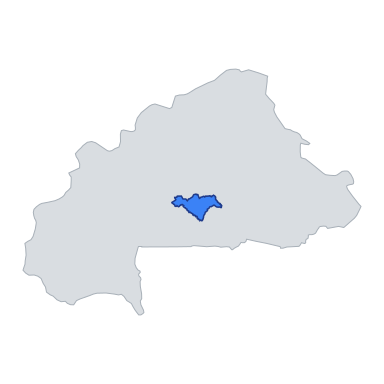 Bazega, Bazéga, Burkina Faso shown in context
{"feature_id": "67063806B75312427459337", "entity_name": "Bazega", "entity_type": "district", "adm_level": 2, "iso_a3": "BFA", "parent_name": "Burkina Faso", "parent_adm1": "Bazéga", "projection": "albers", "projection_center": [-1.393, 11.898], "detail": "fine", "context": "in_parent", "style": "filled", "palette": "blue", "viewbox_px": 384, "rotation_deg": 0, "n_neighbors": 0, "source": "geoboundaries", "source_scale": "gbopen_adm2", "svg_char_len": 7990}
<svg xmlns="http://www.w3.org/2000/svg" viewBox="0 0 384 384"><path d="M297.9,246.4L286.9,247.0L282.9,248.2L280.5,248.2L280.4,247.2L280.1,246.6L266.2,243.3L256.5,241.4L246.6,239.2L246.0,241.3L244.6,242.6L242.5,242.7L241.0,242.4L240.0,244.0L238.4,246.1L236.1,247.2L233.9,248.5L232.6,249.7L231.7,249.7L229.4,247.0L226.4,246.7L220.8,247.2L218.3,246.5L214.9,246.1L206.7,246.7L193.8,245.6L191.6,246.1L191.1,246.6L178.2,246.8L164.0,246.9L152.2,246.9L141.8,247.0L141.8,246.5L138.5,246.5L138.1,247.4L135.1,258.2L134.8,264.1L136.3,267.8L138.1,270.1L140.0,271.1L140.2,272.4L138.6,274.1L138.8,275.8L140.6,277.7L141.0,279.5L140.1,281.5L140.3,286.3L141.6,293.8L141.7,298.7L140.3,301.0L140.9,304.8L143.5,310.2L143.9,312.5L143.0,313.5L140.9,314.9L138.7,314.9L136.2,311.6L135.1,310.1L133.1,306.8L131.4,303.5L129.1,302.0L126.8,300.6L124.0,296.4L121.4,294.3L118.5,294.9L114.4,294.1L106.0,293.0L97.0,293.2L93.3,294.1L89.6,295.6L80.2,298.9L76.5,300.6L73.7,304.8L70.5,304.7L67.3,303.3L65.4,301.3L61.1,301.7L57.0,299.8L53.1,296.1L50.2,294.8L46.5,292.1L45.5,287.0L43.2,283.4L41.1,278.5L37.9,276.2L34.2,275.0L29.0,275.2L25.7,273.1L23.0,270.2L23.8,267.7L25.0,264.2L25.2,260.8L26.1,255.2L25.7,248.3L24.9,243.4L27.7,241.4L31.0,239.7L33.1,236.4L35.3,229.0L36.3,222.7L35.7,220.3L34.6,218.4L33.8,215.6L33.3,212.3L34.0,209.3L36.5,206.7L39.6,204.4L41.8,203.4L47.7,202.3L55.0,200.7L59.2,198.9L62.3,197.0L64.0,195.5L65.8,192.4L68.6,190.0L70.8,187.6L71.2,180.9L71.2,177.0L69.6,174.9L68.8,173.0L79.6,167.9L79.7,164.1L78.3,159.9L76.2,156.6L75.4,153.7L78.4,150.3L81.1,147.8L83.0,145.6L87.3,142.3L91.7,141.5L95.7,142.8L107.4,150.7L109.4,151.2L111.9,150.6L115.0,148.6L119.0,147.0L120.5,141.8L120.4,134.1L121.4,130.6L123.5,130.0L130.3,131.5L132.0,131.6L134.0,131.1L135.4,129.8L135.4,127.3L135.1,125.1L137.3,118.0L141.3,112.6L149.5,106.0L152.0,104.7L155.0,104.0L169.5,108.6L171.8,107.5L175.4,96.1L179.4,95.0L184.1,94.8L187.2,93.9L188.7,93.1L195.6,88.8L207.8,82.9L214.4,80.4L215.6,79.4L220.3,75.2L226.5,70.4L230.5,69.4L235.9,69.1L239.4,69.9L240.3,71.2L241.5,71.9L248.6,69.8L258.9,73.0L267.7,76.2L267.2,78.2L267.1,81.8L266.4,87.4L265.6,94.2L269.2,98.5L273.7,103.2L274.9,105.1L273.7,109.7L274.5,112.4L276.9,117.0L280.9,122.7L285.0,128.6L287.8,129.3L290.5,129.8L292.1,130.9L294.5,131.9L296.8,132.5L298.9,133.8L300.2,135.1L302.0,138.7L306.6,141.1L309.8,143.4L308.5,144.7L304.5,144.2L300.8,143.2L300.3,145.0L300.2,151.7L300.8,157.2L301.7,158.0L305.5,159.0L314.6,166.2L322.8,172.9L325.5,174.7L330.0,175.3L335.1,175.6L337.2,174.9L342.1,171.4L344.7,171.0L347.1,171.0L348.4,171.6L350.8,174.4L353.0,178.6L353.7,181.7L353.5,183.4L352.8,184.1L348.8,184.9L347.0,185.6L346.6,186.5L347.3,188.6L348.1,190.0L352.5,196.1L359.0,204.3L361.0,206.4L359.9,208.9L356.7,215.4L354.4,218.2L343.8,227.5L338.6,226.4L327.6,228.4L325.9,226.3L323.4,226.1L320.2,226.5L319.0,227.3L318.7,228.2L317.6,229.5L315.6,233.1L314.0,234.1L312.1,234.6L309.7,234.6L308.3,235.1L308.3,236.9L307.9,238.5L306.2,239.3L305.6,241.0L305.7,242.7L304.8,243.5L302.7,243.1L301.5,242.7L300.3,244.9L298.9,246.4L297.9,246.4Z" fill="#d9dde1" stroke="#a8b0b8" stroke-width="1"/><path d="M172.3,203.2L172.6,203.3L172.8,203.4L173.2,203.8L173.4,204.1L173.6,204.2L174.0,204.3L174.0,204.5L174.6,204.9L174.7,205.2L174.9,205.5L174.9,206.0L175.1,206.1L175.3,206.3L175.5,206.3L176.1,206.4L176.8,206.1L176.9,205.9L177.0,205.7L177.4,206.0L177.5,206.1L177.9,206.4L178.4,206.7L178.8,206.7L179.4,206.3L179.7,205.9L179.8,205.6L180.0,205.4L180.6,205.3L180.7,205.2L180.7,204.9L180.8,204.8L181.0,204.8L181.4,204.9L181.5,204.9L181.7,204.7L181.8,204.6L182.1,204.8L182.5,204.6L182.6,204.8L182.9,205.0L183.0,205.1L183.4,205.3L183.2,205.4L183.3,205.6L183.2,205.9L183.3,206.1L183.2,206.3L183.3,206.4L183.4,206.6L183.6,206.6L183.7,206.9L183.9,207.1L184.2,207.3L184.6,207.7L185.1,207.9L185.4,207.8L185.5,207.9L185.8,208.4L185.8,208.5L186.0,208.7L186.2,208.8L186.4,208.9L186.6,209.1L186.8,209.1L186.8,209.3L187.1,209.7L187.0,210.0L187.2,210.3L187.4,210.4L187.4,210.5L187.8,210.6L187.9,210.8L188.2,210.8L188.4,210.9L188.3,211.0L188.5,211.2L188.6,211.4L188.8,211.6L189.0,211.9L188.9,212.1L188.9,212.3L189.0,212.3L189.1,212.5L189.3,212.5L189.8,212.4L190.1,212.2L190.3,212.2L190.4,212.5L190.6,212.5L190.8,212.6L191.1,212.8L191.3,213.3L192.0,213.4L192.7,213.8L192.9,214.0L192.7,214.4L192.8,214.5L193.0,214.7L193.0,214.9L193.5,214.8L193.8,214.9L193.7,215.0L193.8,215.2L193.8,215.4L194.0,215.6L194.3,215.5L194.7,215.6L195.1,215.4L195.3,215.5L195.6,215.7L195.6,215.8L195.5,216.1L195.7,216.7L195.9,216.8L196.4,216.6L196.7,216.6L196.9,216.4L197.0,216.4L197.1,216.6L197.0,217.0L197.3,217.2L197.3,217.3L197.4,217.9L197.2,218.1L197.3,218.5L197.5,218.6L197.8,218.6L198.0,218.6L198.0,218.9L198.0,219.0L198.3,219.0L198.5,218.9L198.7,219.1L198.6,219.4L198.6,219.5L198.8,219.5L199.0,219.7L199.6,219.7L199.8,219.7L199.9,219.8L199.9,220.6L200.1,220.5L200.4,220.3L200.5,220.4L201.5,220.3L201.6,220.5L201.9,220.8L202.1,220.6L202.2,220.4L202.5,220.2L202.7,219.8L202.6,219.7L202.7,219.4L202.8,219.2L203.2,218.8L203.2,218.2L203.5,217.6L203.5,217.3L203.5,216.9L203.7,215.9L203.9,215.5L204.0,215.1L204.3,214.7L204.7,214.2L204.8,214.0L204.9,213.9L205.0,213.5L205.2,212.3L205.3,212.2L205.9,211.9L206.1,211.8L206.2,211.5L207.2,210.9L207.4,210.7L207.5,210.5L207.5,210.2L207.5,209.9L207.3,209.6L207.3,209.2L207.5,209.0L208.2,208.8L208.5,208.6L209.1,208.1L209.3,207.7L209.5,207.2L209.9,206.8L210.2,206.6L210.3,206.6L210.9,206.7L211.3,206.7L211.5,206.5L211.9,206.3L212.1,206.1L212.5,206.0L212.6,205.9L212.8,205.9L212.9,205.7L213.0,205.6L213.3,205.3L213.5,205.2L213.9,205.2L214.2,205.2L214.3,205.3L214.6,205.3L214.9,205.6L215.1,205.9L216.1,206.6L216.5,206.9L217.2,207.0L218.1,207.2L218.7,207.1L218.8,207.1L219.5,207.0L219.9,207.1L220.1,207.3L220.4,207.4L220.5,207.4L220.6,207.5L220.9,207.5L221.2,207.5L221.2,207.4L221.4,207.2L221.4,206.8L221.3,206.6L221.4,206.4L221.4,206.2L221.5,206.1L221.4,206.0L221.2,205.8L221.3,205.7L221.5,205.6L221.4,205.5L221.2,205.4L221.3,205.2L221.0,204.9L221.0,204.7L220.9,204.7L220.7,204.5L220.4,204.4L220.5,204.3L220.4,204.2L220.3,203.8L220.2,203.6L219.8,203.7L219.7,203.6L219.4,203.5L219.3,203.4L219.2,203.4L219.1,203.1L218.9,203.0L218.8,202.9L218.4,202.7L218.2,202.6L218.1,202.4L217.8,202.4L217.6,202.1L217.6,201.9L217.4,201.8L217.5,201.5L217.2,201.3L217.1,201.1L217.1,200.9L216.9,200.7L216.6,200.4L216.1,200.1L216.1,199.9L216.0,199.6L215.6,199.3L215.5,199.1L215.6,198.6L215.7,198.1L215.7,197.8L215.6,197.6L215.6,197.3L215.4,197.3L215.4,197.1L215.3,196.6L215.1,196.3L214.5,195.8L214.2,195.7L213.6,195.2L213.4,195.4L212.8,195.6L212.6,195.8L212.3,195.9L212.3,196.0L212.1,196.1L211.9,196.3L211.8,196.6L211.6,196.6L211.3,196.8L211.1,196.7L211.0,196.4L210.9,196.4L210.8,196.2L210.6,196.3L210.5,196.2L210.3,196.2L210.1,196.0L209.9,196.0L209.6,196.0L209.6,195.9L209.3,196.0L209.2,195.9L208.8,196.1L208.3,196.0L207.9,196.2L207.6,196.1L207.1,196.1L206.9,196.3L206.5,196.3L205.9,196.0L205.6,196.2L205.0,196.8L204.8,196.9L204.7,197.0L204.4,196.8L204.2,196.4L203.3,196.3L203.1,196.4L202.7,196.8L202.3,196.9L202.1,196.9L200.9,197.2L200.6,197.4L200.1,198.0L199.6,198.3L199.4,198.4L199.3,197.9L198.9,197.6L198.8,197.4L198.7,196.7L198.0,195.3L197.9,195.1L197.9,194.6L197.6,194.5L197.4,194.7L197.0,194.6L196.7,194.7L196.2,194.5L196.0,194.4L195.9,194.1L195.7,194.2L194.2,194.5L193.9,194.6L193.7,194.8L193.5,195.0L193.3,195.3L193.0,196.0L192.6,196.8L191.7,197.4L191.2,197.7L189.6,198.8L189.4,198.9L188.8,198.9L188.5,199.0L188.4,199.1L188.3,199.5L188.1,199.7L188.0,199.9L187.7,200.3L187.5,200.5L187.3,200.8L186.9,200.4L186.6,200.0L186.2,199.4L185.8,199.0L184.6,199.0L183.1,199.0L182.9,198.9L181.4,196.1L181.2,196.1L180.2,196.1L178.8,196.1L178.1,196.1L177.5,196.1L177.2,196.2L177.1,196.4L177.2,196.5L177.1,196.8L176.9,197.1L176.7,197.2L176.5,197.3L176.0,197.2L175.9,197.3L175.4,197.6L175.0,197.7L174.9,197.7L174.7,197.6L174.7,197.8L175.0,198.3L175.2,198.6L175.6,199.1L175.8,199.4L175.8,199.7L175.4,200.1L175.0,200.5L174.2,201.0L171.9,202.4L171.9,202.7L172.3,202.9L172.3,203.0L172.3,203.2Z" fill="#3b82f6" stroke="#1e3a8a" stroke-width="1.5"/></svg>